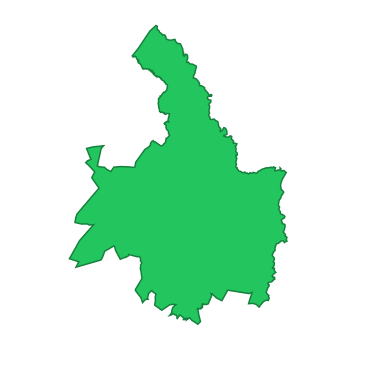 the district of Cadereyta de Montes, Querétaro, Mexico, rotated 301°
{"feature_id": "50627088B20540299912317", "entity_name": "Cadereyta de Montes", "entity_type": "district", "adm_level": 2, "iso_a3": "MEX", "parent_name": "Mexico", "parent_adm1": "Querétaro", "projection": "mercator", "projection_center": [-99.561, 20.791], "detail": "fine", "context": "isolated", "style": "filled", "palette": "green", "viewbox_px": 384, "rotation_deg": 301, "n_neighbors": 0, "source": "geoboundaries", "source_scale": "gbopen_adm2", "svg_char_len": 6030}
<svg xmlns="http://www.w3.org/2000/svg" viewBox="0 0 384 384"><g transform="rotate(301 192 192)"><path d="M316.2,75.4L308.3,73.0L287.5,72.0L277.9,70.7L277.3,72.0L278.1,72.1L278.4,72.9L279.0,73.2L278.6,73.7L279.0,74.4L277.6,76.1L277.7,77.6L277.1,77.3L276.8,77.7L277.1,78.6L276.0,78.4L275.8,79.0L275.3,79.2L275.6,79.7L275.1,80.2L275.4,80.9L275.2,81.7L274.7,82.0L274.9,82.6L272.4,86.0L272.8,86.2L272.4,87.4L273.0,87.7L273.9,88.8L273.8,89.4L274.9,90.6L274.6,91.4L275.2,92.1L274.6,92.6L275.1,92.8L274.8,93.9L274.4,94.0L274.1,95.1L275.0,94.9L274.7,95.4L275.2,95.7L274.7,95.8L273.4,97.8L274.6,97.5L274.4,98.5L273.1,99.6L272.6,100.5L272.6,101.3L273.1,101.6L272.9,102.1L273.3,102.3L272.7,102.8L273.2,102.9L273.9,104.8L273.5,104.9L273.7,106.3L273.2,106.6L273.4,107.0L273.0,107.2L273.0,108.0L272.6,108.1L272.6,111.2L272.0,111.6L271.7,113.1L270.9,114.5L271.2,115.1L270.7,116.2L266.6,117.8L263.6,117.3L263.3,116.8L262.6,116.7L262.6,116.2L258.2,116.0L257.9,115.3L256.4,115.8L256.1,115.4L254.6,115.3L252.3,116.8L250.6,117.3L247.9,119.7L247.1,120.0L246.4,121.3L244.5,122.5L244.1,124.1L245.2,125.3L245.0,126.5L245.7,127.5L244.9,127.8L244.7,129.2L246.5,130.2L247.5,132.4L241.8,134.2L240.7,134.9L240.2,136.0L239.7,135.4L240.1,135.1L239.8,134.3L237.2,132.9L236.4,132.9L236.0,133.4L236.4,134.2L236.0,134.3L236.0,135.4L233.6,136.6L232.4,138.5L231.8,140.9L230.0,141.7L229.1,143.6L225.2,142.9L224.6,142.1L223.6,142.9L222.6,142.9L221.2,143.7L219.2,143.3L218.2,142.8L216.8,142.9L216.2,142.4L215.5,141.1L216.0,134.2L215.4,133.6L216.0,132.2L214.4,131.4L212.0,131.5L210.9,132.2L207.8,131.5L204.2,129.7L188.5,128.4L184.1,130.2L182.9,129.1L181.3,125.5L177.2,118.0L173.1,112.2L167.8,111.9L167.4,107.5L168.1,104.2L166.0,99.9L165.6,97.4L182.5,91.7L186.1,92.4L179.5,83.7L175.0,79.2L167.9,88.6L165.0,86.4L162.4,85.8L161.6,90.1L159.1,98.3L152.6,98.7L147.4,110.3L114.0,104.8L110.1,105.6L105.6,107.4L107.7,113.9L110.7,118.7L110.8,121.0L113.4,124.5L92.6,120.7L71.7,121.3L73.9,130.9L67.8,131.3L86.8,148.9L89.3,149.0L96.3,147.7L105.5,152.8L105.4,153.7L102.4,156.8L97.4,165.2L101.8,168.4L101.8,168.9L104.8,170.5L105.8,169.9L108.4,178.7L109.5,179.9L109.1,181.6L106.2,183.5L106.3,184.0L105.4,185.5L103.0,185.5L100.7,187.0L100.0,186.9L97.7,189.2L92.0,193.7L79.2,193.7L78.1,194.8L75.1,202.7L71.7,206.6L75.4,207.3L76.2,207.8L77.4,209.6L78.1,208.6L82.6,207.0L83.8,207.6L85.5,207.6L86.1,208.4L86.8,208.5L86.2,209.9L86.0,213.6L83.1,214.5L80.0,216.6L75.8,218.3L75.1,227.0L83.8,231.0L86.2,233.9L87.1,236.1L83.8,235.1L82.3,235.1L77.4,236.8L74.7,236.4L76.7,238.0L78.1,238.3L77.9,240.9L78.4,241.2L77.9,243.1L76.0,244.1L75.9,244.5L80.5,245.0L79.6,250.3L78.2,250.3L78.4,251.0L79.4,251.7L80.3,251.7L81.1,252.7L79.5,253.2L83.0,254.7L82.0,257.8L81.7,265.1L85.3,266.0L90.9,260.4L92.6,259.3L93.8,257.9L94.3,256.7L95.4,257.2L95.0,257.8L96.2,259.5L96.8,259.1L97.4,260.0L98.0,259.5L98.5,260.3L100.0,259.6L99.8,259.1L100.2,258.8L101.5,258.5L101.8,260.3L102.2,260.3L102.9,262.2L104.5,263.5L113.3,262.3L114.8,260.5L115.1,261.8L113.8,267.4L114.2,273.6L126.3,273.2L134.3,293.2L136.8,295.2L125.4,298.0L128.0,301.7L128.7,305.1L127.9,308.5L128.3,309.1L129.3,308.7L135.4,309.9L138.0,311.9L138.3,313.3L140.9,312.8L141.8,311.3L142.8,311.2L143.6,308.2L144.6,307.2L148.8,306.3L151.3,306.4L152.2,305.8L152.4,305.0L152.1,304.5L152.5,304.1L154.0,304.3L156.0,306.5L158.1,307.2L159.0,307.0L159.9,307.8L161.3,306.8L161.4,306.0L160.4,305.4L161.1,304.1L163.2,304.0L166.2,305.3L167.2,302.8L169.1,301.9L168.2,300.5L168.3,300.0L171.4,300.2L173.8,299.0L174.1,297.5L176.8,297.3L177.9,296.3L178.9,293.7L179.5,293.1L183.0,292.9L184.6,293.3L187.2,291.8L191.1,291.1L192.6,292.5L196.3,293.8L197.1,295.4L196.3,297.3L197.7,297.8L198.7,298.7L200.2,297.1L201.9,296.8L202.3,296.0L202.2,294.5L203.7,293.9L204.7,290.7L206.3,290.8L209.2,290.0L211.0,289.2L212.0,288.3L211.5,285.6L212.8,284.5L213.5,283.2L214.5,283.0L217.5,284.6L218.9,284.1L219.3,283.0L219.0,278.9L220.7,277.8L221.6,275.4L224.3,274.8L225.0,273.0L225.7,272.6L229.9,270.9L232.7,271.2L234.3,270.6L238.9,270.8L239.4,270.2L240.3,267.1L242.8,264.8L244.8,263.9L248.9,262.9L257.3,262.7L257.7,259.8L257.3,258.9L256.2,258.2L256.1,257.5L256.4,256.8L257.8,256.2L258.0,255.2L257.4,255.7L256.4,255.8L252.8,252.3L253.7,251.6L255.8,251.0L255.2,250.2L255.7,249.7L255.5,248.9L253.9,248.1L254.0,247.2L253.5,246.3L252.3,245.6L251.7,244.2L250.4,242.7L247.0,239.9L245.1,239.3L244.1,238.1L243.2,238.2L241.2,237.6L240.5,234.6L238.6,233.4L238.5,231.8L237.0,231.4L236.5,231.0L236.7,229.5L235.7,228.2L236.3,227.0L234.6,225.6L234.4,224.9L234.8,223.7L234.1,220.9L235.1,219.4L235.3,218.5L236.0,218.3L235.9,217.1L236.9,216.1L238.7,215.9L239.6,214.4L244.0,213.0L245.6,210.8L246.3,210.7L246.8,211.7L247.4,211.7L248.8,210.4L249.1,208.8L252.1,207.3L253.4,205.7L254.5,206.0L256.4,205.7L256.1,203.9L255.1,202.5L255.5,201.9L257.1,201.4L257.7,198.3L259.8,197.7L260.1,196.8L259.6,195.6L258.2,195.3L257.2,194.2L256.3,190.7L256.4,190.2L257.0,190.1L258.7,191.9L259.7,192.2L262.5,190.1L263.9,187.8L263.6,186.2L259.5,186.2L258.4,185.1L258.9,184.4L260.4,184.4L261.2,183.8L261.7,181.5L265.6,177.9L265.4,175.8L265.9,173.3L264.4,171.7L263.7,170.3L263.9,169.8L265.4,168.8L265.9,167.4L267.0,166.5L268.7,166.4L270.5,164.5L273.6,163.6L274.9,162.6L275.5,161.1L278.7,161.8L280.0,161.2L280.4,160.7L279.9,159.8L279.7,157.8L281.0,156.5L282.2,156.6L284.1,159.3L285.2,159.1L285.5,158.3L284.0,157.0L284.0,156.2L284.9,155.0L286.7,149.7L287.9,149.1L288.1,145.8L287.2,144.0L289.4,141.9L290.7,139.0L291.1,136.8L290.6,135.3L290.6,134.3L291.2,134.4L292.0,133.5L295.0,133.4L297.5,132.4L301.7,131.3L302.1,130.8L301.9,126.7L300.7,124.2L301.5,122.1L300.6,121.3L300.4,120.7L302.0,119.9L304.0,119.6L306.7,117.9L307.1,117.1L307.0,115.7L306.2,114.9L305.8,115.7L304.9,115.8L304.4,115.3L304.6,114.2L306.1,113.1L307.4,112.8L307.8,111.5L309.3,111.0L312.9,106.1L312.9,105.0L311.8,102.9L312.3,102.0L312.6,100.1L313.7,99.5L314.0,98.6L311.9,96.5L310.8,95.0L310.1,92.9L310.0,90.7L311.5,89.8L312.6,87.7L311.4,85.7L312.1,84.3L312.2,81.9L313.4,80.4L313.2,78.4L315.8,77.1L316.2,76.6L316.2,75.4Z" fill="#22c55e" stroke="#15803d" stroke-width="1.5"/></g></svg>